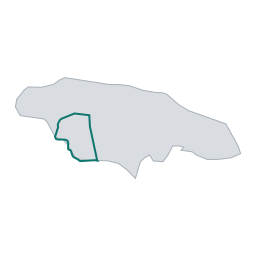 Jamaica, with Saint Elizabeth highlighted
{"feature_id": "JAM-1373", "entity_name": "Saint Elizabeth", "entity_type": "Parish", "adm_level": 1, "iso_a3": "JAM", "parent_name": "Jamaica", "parent_adm1": "", "projection": "natural_earth1", "projection_center": [-77.826, 18.044], "detail": "fine", "context": "in_parent", "style": "outline", "palette": "teal", "viewbox_px": 256, "rotation_deg": 0, "n_neighbors": 0, "source": "natural_earth", "source_scale": "10m", "svg_char_len": 1152}
<svg xmlns="http://www.w3.org/2000/svg" viewBox="0 0 256 256"><path d="M129.4,85.7L142.3,90.2L155.6,92.5L161.3,92.6L166.7,94.1L178.9,104.8L188.7,110.7L225.9,123.9L238.3,146.5L240.6,153.6L231.1,157.8L219.0,159.3L207.4,159.5L196.8,155.2L192.1,151.8L181.0,150.2L183.7,147.2L178.8,145.8L172.6,146.1L168.1,154.8L163.0,161.7L153.3,161.0L149.6,155.1L144.5,157.8L140.3,162.1L135.4,178.4L127.5,170.3L118.9,163.6L108.0,160.8L86.1,160.3L75.8,158.1L67.2,144.4L63.8,140.4L55.2,136.9L46.6,121.1L43.5,118.9L20.2,115.6L15.4,107.0L16.8,99.1L24.6,89.6L28.4,86.9L41.3,87.3L53.6,84.4L59.0,80.3L64.7,77.6L109.3,84.5L119.6,84.6L129.4,85.7Z" fill="#d9dde1" stroke="#a8b0b8" stroke-width="1"/><path d="M97.4,160.6L94.8,160.2L80.5,161.1L79.8,160.9L77.6,159.2L73.8,157.2L72.9,156.3L72.4,155.4L71.3,152.2L71.1,151.2L70.7,150.4L68.8,149.6L68.2,149.1L68.1,146.5L68.3,143.3L67.6,140.7L64.9,139.6L57.6,139.5L55.9,138.8L55.0,136.5L55.7,134.9L57.8,128.1L58.1,126.3L58.0,126.0L57.8,125.3L57.8,125.0L57.8,124.6L58.0,123.8L58.7,122.2L59.9,120.2L60.3,119.6L60.7,119.3L62.3,118.4L74.4,113.5L89.3,115.2L89.9,126.4L97.1,160.1L97.4,160.6Z" fill="none" stroke="#0f766e" stroke-width="2"/></svg>